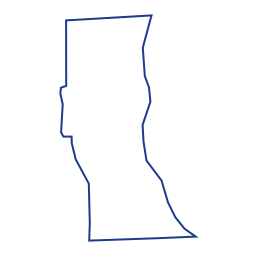 Seneca, New York, United States of America (orthographic projection)
{"feature_id": "52423323B61802346265036", "entity_name": "Seneca", "entity_type": "district", "adm_level": 2, "iso_a3": "USA", "parent_name": "United States of America", "parent_adm1": "New York", "projection": "orthographic", "projection_center": [-76.822, 42.783], "detail": "fine", "context": "isolated", "style": "outline", "palette": "blue", "viewbox_px": 256, "rotation_deg": 0, "n_neighbors": 0, "source": "geoboundaries", "source_scale": "gbopen_adm2", "svg_char_len": 440}
<svg xmlns="http://www.w3.org/2000/svg" viewBox="0 0 256 256"><path d="M66.1,20.4L66.2,85.9L61.0,87.7L60.3,93.3L62.7,104.2L61.1,132.4L63.4,136.6L71.6,136.6L71.8,143.4L75.7,159.3L88.8,183.6L89.8,223.2L89.2,240.6L157.7,238.2L195.7,236.6L184.6,228.8L175.3,217.2L168.0,202.4L161.5,180.5L146.5,160.6L143.5,141.5L142.6,124.9L150.4,101.8L149.0,87.5L144.8,76.0L142.8,47.8L151.5,15.4L66.1,20.4Z" fill="none" stroke="#1e3a8a" stroke-width="2"/></svg>